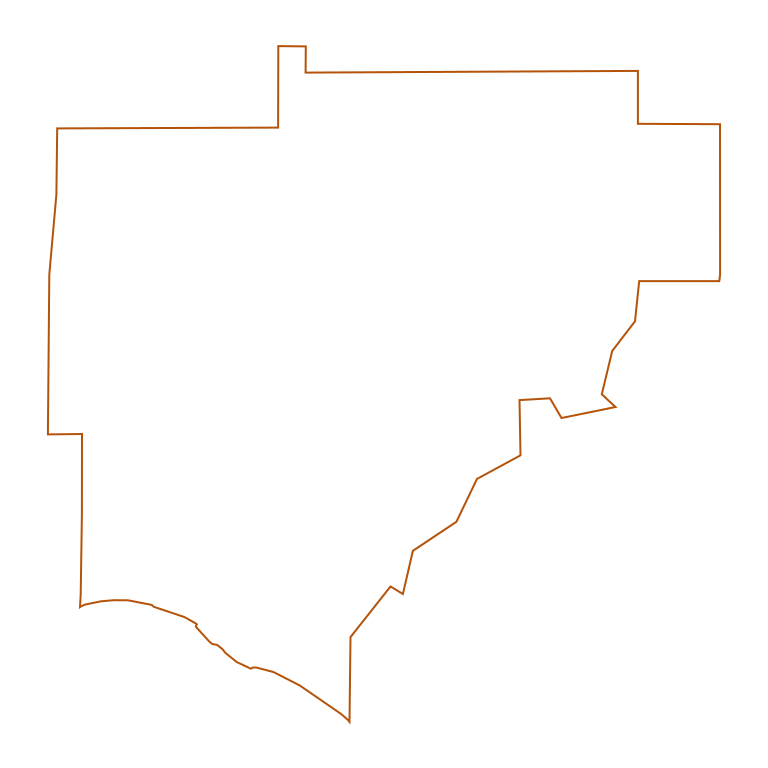 Warrick, Indiana, United States of America (Natural Earth projection)
{"feature_id": "52423323B97453793122167", "entity_name": "Warrick", "entity_type": "district", "adm_level": 2, "iso_a3": "USA", "parent_name": "United States of America", "parent_adm1": "Indiana", "projection": "natural_earth1", "projection_center": [-87.298, 38.062], "detail": "fine", "context": "isolated", "style": "outline", "palette": "amber", "viewbox_px": 768, "rotation_deg": 0, "n_neighbors": 0, "source": "geoboundaries", "source_scale": "gbopen_adm2", "svg_char_len": 879}
<svg xmlns="http://www.w3.org/2000/svg" viewBox="0 0 768 768"><path d="M278.3,46.1L278.1,127.6L221.9,127.8L57.2,128.4L56.4,194.4L49.3,274.7L48.6,354.9L47.9,434.4L82.0,434.0L81.9,514.9L80.7,594.8L80.0,607.1L81.0,606.4L85.0,604.6L101.1,601.3L113.4,600.2L128.1,600.3L151.7,604.9L153.8,606.8L168.5,611.7L184.7,617.2L195.7,623.4L196.2,623.7L196.8,624.3L195.8,626.4L196.4,627.4L209.3,641.5L212.2,644.0L217.1,644.9L222.4,649.1L225.5,653.0L236.8,662.1L250.9,668.7L252.8,667.5L256.3,667.5L273.6,672.1L299.4,685.3L299.8,685.5L341.1,714.0L347.7,719.7L349.5,721.9L350.5,637.1L390.5,586.5L402.9,594.0L412.9,550.8L456.4,521.8L477.0,478.9L520.5,455.3L519.5,400.1L550.0,398.3L561.5,418.0L615.5,407.0L601.8,394.3L612.2,351.0L635.0,321.3L639.2,281.1L719.3,281.1L720.1,274.3L720.0,124.2L637.9,123.8L637.9,70.9L305.6,72.6L305.8,46.4L278.3,46.1Z" fill="none" stroke="#b45309" stroke-width="2"/></svg>